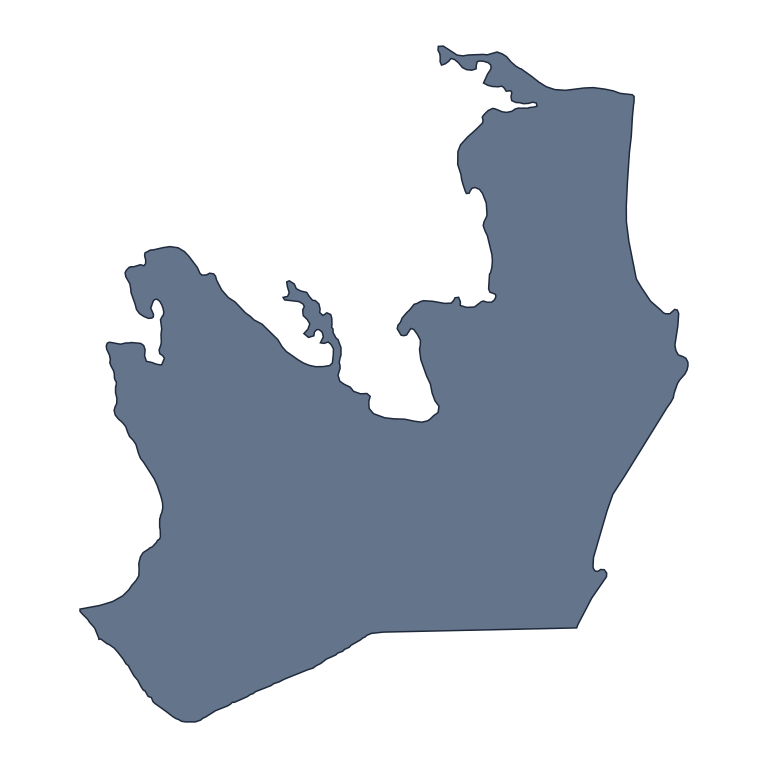 outline of Cidade De Inhambane, Inhambane, Mozambique
{"feature_id": "85939544B19302565001464", "entity_name": "Cidade De Inhambane", "entity_type": "district", "adm_level": 2, "iso_a3": "MOZ", "parent_name": "Mozambique", "parent_adm1": "Inhambane", "projection": "mercator", "projection_center": [35.448, -23.874], "detail": "fine", "context": "isolated", "style": "filled", "palette": "slate", "viewbox_px": 768, "rotation_deg": 0, "n_neighbors": 0, "source": "geoboundaries", "source_scale": "gbopen_adm2", "svg_char_len": 6064}
<svg xmlns="http://www.w3.org/2000/svg" viewBox="0 0 768 768"><path d="M98.9,639.3L100.8,639.0L107.0,643.7L109.3,644.6L114.2,648.1L117.8,652.2L123.1,659.0L126.0,663.8L128.6,665.9L129.4,667.9L133.9,675.8L137.6,680.1L141.4,687.3L143.2,690.0L145.1,691.0L148.1,696.4L151.4,697.6L153.0,701.6L154.8,703.4L165.6,711.1L172.6,716.5L175.8,718.5L178.7,719.6L181.5,721.3L185.6,721.9L195.4,721.9L200.6,720.1L203.2,718.0L205.3,717.2L215.5,710.7L227.8,705.8L230.4,704.2L232.3,702.3L234.5,702.3L247.4,696.6L250.1,694.6L253.0,693.7L255.4,691.7L271.0,685.6L273.6,683.7L279.1,681.9L284.3,679.2L291.2,676.4L307.6,669.8L313.3,668.0L316.0,665.8L320.7,663.5L326.2,659.2L335.8,654.9L337.7,653.1L342.6,651.3L344.8,649.2L349.1,647.4L351.0,645.3L360.6,639.8L362.7,638.0L364.9,637.1L366.9,635.3L371.4,633.4L383.3,632.1L576.7,627.9L577.9,624.6L591.8,598.0L606.5,576.7L606.7,573.1L604.3,569.7L600.6,569.5L598.1,571.3L595.2,571.1L593.5,568.7L593.0,566.6L593.5,557.5L607.1,510.7L612.8,494.4L624.8,475.8L666.8,408.0L671.0,402.0L673.3,397.7L674.1,393.3L677.5,383.5L679.8,379.8L684.7,374.3L687.0,370.1L688.0,365.8L687.9,362.1L685.9,358.3L682.9,356.6L678.3,354.9L675.9,350.5L674.9,345.1L677.8,326.2L678.7,313.6L677.3,310.0L674.7,309.4L669.8,313.8L665.4,313.7L663.4,312.8L660.2,309.6L650.5,301.1L641.2,287.2L636.3,278.9L628.9,241.5L626.4,221.9L626.3,205.9L627.4,182.7L629.4,152.6L631.3,136.1L632.4,116.9L633.6,104.3L634.0,102.5L634.1,96.4L632.2,94.7L620.3,93.4L613.4,90.9L604.8,89.1L593.3,87.6L584.1,88.0L565.6,90.3L554.9,89.6L546.2,86.7L538.6,81.9L531.4,76.2L521.0,68.8L520.0,68.6L515.9,66.2L511.1,62.0L506.5,56.6L502.3,53.9L497.1,52.0L487.3,54.8L483.0,54.4L468.2,55.0L463.0,55.9L457.2,55.1L443.3,46.1L438.3,46.4L438.0,50.3L439.8,53.7L440.2,56.9L440.1,61.7L441.5,65.1L445.3,63.8L448.7,61.3L451.0,58.5L454.5,59.5L458.4,62.7L462.4,67.6L466.7,69.7L471.9,70.2L476.1,68.8L476.3,65.4L477.1,61.9L479.0,61.0L483.3,61.2L488.5,62.8L490.9,65.3L491.0,68.8L487.6,74.0L483.5,83.0L487.8,85.3L492.4,86.5L498.4,86.8L501.8,86.1L504.2,88.0L506.2,91.2L510.7,90.7L511.8,92.7L511.0,96.6L511.7,100.6L515.9,102.5L519.7,102.7L523.4,103.7L528.6,103.4L532.6,102.2L536.3,103.0L537.0,106.1L534.2,107.0L529.7,107.5L527.4,108.2L518.3,108.1L515.1,109.0L511.9,111.3L506.6,112.4L502.3,111.8L494.7,108.7L492.7,108.4L488.2,110.5L484.6,114.0L482.5,116.6L482.3,117.3L483.0,120.1L482.6,122.9L476.2,129.3L467.8,136.8L460.6,144.7L457.9,151.5L457.7,164.4L460.9,174.3L461.6,179.3L462.8,183.8L465.3,191.3L466.4,193.5L469.2,193.2L470.2,190.8L472.1,188.2L475.1,187.5L479.4,189.3L482.5,193.4L486.3,203.3L487.0,214.7L486.6,216.5L483.9,222.2L483.2,225.7L485.2,231.3L487.4,235.8L491.9,254.6L492.4,260.6L491.9,267.1L490.7,272.3L489.5,274.2L488.6,288.8L489.9,292.2L493.6,293.5L495.6,294.5L495.8,297.1L494.4,299.9L491.6,302.2L486.9,302.2L483.4,301.0L481.3,301.7L474.5,307.0L466.8,307.4L460.3,305.5L460.4,301.8L458.6,297.3L455.0,297.8L453.7,300.4L451.2,303.1L444.7,303.4L432.7,301.3L423.5,300.7L420.2,301.7L416.9,303.5L414.1,304.3L409.8,309.7L406.2,313.2L402.0,318.2L400.5,322.2L398.0,325.2L397.2,328.7L401.0,335.1L403.6,335.7L406.6,335.0L410.8,328.5L413.8,329.5L417.5,334.6L420.4,340.2L420.3,345.2L419.5,349.3L420.8,359.7L426.6,376.0L430.4,384.1L432.1,393.0L435.0,400.8L439.0,406.3L438.0,412.6L433.6,415.7L429.8,419.4L427.6,420.8L421.9,422.2L414.3,421.2L404.8,419.2L393.8,418.8L384.8,417.8L373.5,413.7L369.1,408.4L368.8,401.5L370.2,396.4L366.9,393.5L360.5,393.8L353.5,391.3L350.2,387.1L344.4,384.4L339.8,381.2L338.0,375.2L340.1,368.4L340.0,365.4L339.2,362.5L340.0,358.2L341.0,355.1L341.0,347.7L338.0,339.6L336.0,338.0L333.1,332.6L333.0,329.0L331.6,327.2L332.0,324.6L331.8,318.2L330.7,314.5L326.8,312.8L323.0,315.5L319.7,312.5L320.1,309.1L318.9,303.9L315.2,300.5L312.6,300.3L309.3,296.5L306.7,292.4L300.8,291.0L296.3,288.7L294.3,284.0L289.3,280.8L286.7,281.9L287.4,286.7L289.2,292.7L287.6,296.4L283.1,297.4L284.6,299.9L299.1,301.6L303.2,304.2L304.3,306.7L302.7,309.8L303.2,315.6L307.3,319.6L309.8,323.9L307.9,329.2L303.9,333.6L308.5,337.4L313.9,335.8L314.4,332.1L316.6,329.7L319.1,329.6L322.2,332.2L323.3,336.9L320.4,342.8L324.1,343.4L328.2,342.0L331.2,344.6L333.4,348.8L333.3,354.3L332.4,362.9L329.6,365.6L323.0,366.6L315.7,366.7L309.0,365.3L303.4,363.0L298.1,359.8L286.4,351.6L282.2,346.9L277.8,339.6L262.0,324.1L254.0,319.9L250.5,316.5L245.5,312.9L235.0,301.9L228.4,297.6L221.7,290.0L216.6,280.1L215.5,276.1L213.5,273.8L209.6,273.2L206.4,275.0L201.9,275.1L200.0,273.4L197.3,267.4L188.9,256.3L184.5,251.6L178.2,247.8L170.0,246.6L163.2,247.6L153.2,249.9L150.5,250.0L145.0,252.9L144.6,255.9L145.7,260.0L145.6,263.7L143.9,265.7L140.4,264.7L134.0,266.7L130.2,266.8L129.8,267.5L129.1,267.4L126.3,270.3L125.1,272.7L125.8,276.8L129.8,283.7L130.7,288.6L131.0,292.5L135.1,304.1L136.5,309.5L139.5,313.6L143.5,316.3L148.5,318.4L151.9,318.1L153.4,316.8L153.5,314.4L150.6,307.7L151.5,306.5L151.5,305.8L153.5,300.5L155.7,299.2L156.9,299.2L159.6,301.1L161.8,304.9L163.1,308.6L163.8,312.3L163.2,315.5L162.5,315.9L160.5,319.7L161.7,328.8L161.0,334.6L161.3,342.0L161.0,344.3L159.1,350.0L159.8,353.7L162.6,355.6L164.4,358.2L161.7,364.7L160.4,364.9L156.1,364.1L152.0,362.5L146.4,361.3L144.6,355.9L145.1,349.6L143.7,345.5L140.7,343.4L131.1,342.5L130.0,342.9L125.6,343.0L120.5,344.2L109.5,342.2L107.3,343.1L106.3,345.7L106.6,349.0L109.5,355.2L110.0,358.2L110.4,358.8L109.8,362.9L111.2,366.4L113.4,370.5L114.3,373.7L114.4,378.0L115.3,380.6L116.4,382.1L116.1,386.1L115.7,386.2L115.6,386.8L115.5,392.5L116.9,398.5L116.7,403.5L115.1,406.8L114.1,410.3L115.2,415.0L118.3,418.9L122.2,422.3L125.7,426.5L127.6,432.1L129.6,436.6L133.1,440.2L135.9,444.3L138.4,453.1L140.5,458.3L143.5,462.1L154.2,478.8L157.3,485.7L160.9,496.3L162.5,502.5L162.8,507.9L161.8,512.7L160.5,515.5L160.5,516.8L159.7,518.8L159.6,527.0L160.2,529.7L160.4,537.1L159.4,539.2L157.5,540.4L156.5,542.3L152.4,546.8L150.1,547.7L148.2,549.3L143.1,552.6L140.4,557.0L138.8,563.5L139.1,569.6L138.8,575.9L135.9,580.7L131.8,585.3L128.9,589.7L122.8,595.8L112.5,601.6L99.5,605.5L80.0,609.1L80.0,611.3L82.1,613.8L87.6,619.2L89.6,622.3L94.7,628.1L98.5,637.4L98.9,639.3Z" fill="#64748b" stroke="#1e293b" stroke-width="1.5"/></svg>